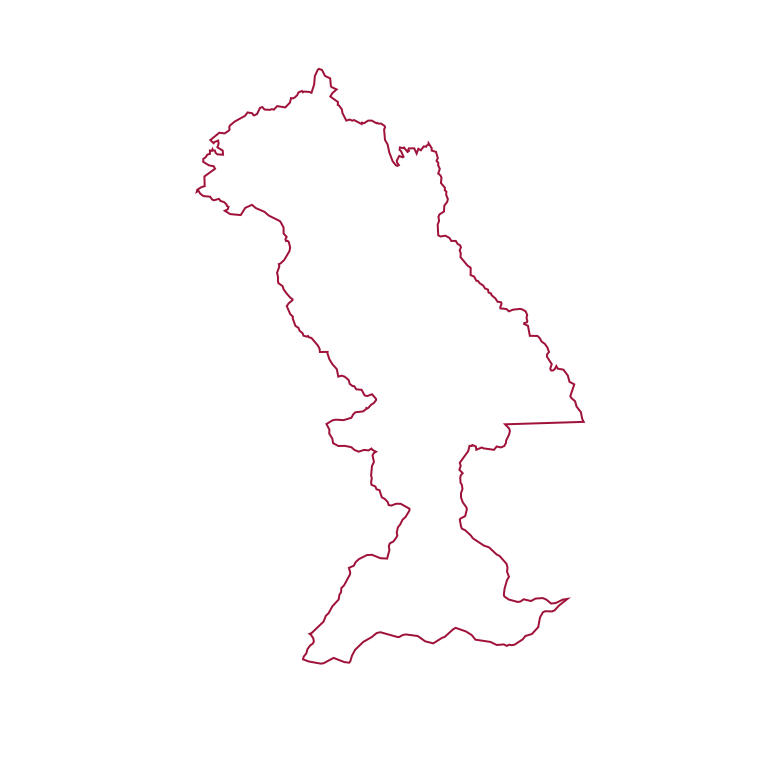 outline of Cocorná, Antioquia, Colombia, rotated 15°
{"feature_id": "7082276B66928007387737", "entity_name": "Cocorná", "entity_type": "district", "adm_level": 2, "iso_a3": "COL", "parent_name": "Colombia", "parent_adm1": "Antioquia", "projection": "mercator", "projection_center": [-75.166, 5.993], "detail": "fine", "context": "isolated", "style": "outline", "palette": "rose", "viewbox_px": 768, "rotation_deg": 15, "n_neighbors": 0, "source": "geoboundaries", "source_scale": "gbopen_adm2", "svg_char_len": 6162}
<svg xmlns="http://www.w3.org/2000/svg" viewBox="0 0 768 768"><g transform="rotate(15 384 384)"><path d="M153.4,244.6L153.4,246.8L154.7,245.3L157.2,247.7L160.9,249.2L167.6,248.1L170.3,250.3L172.3,250.5L176.6,247.9L178.7,249.5L182.5,249.7L185.5,251.4L186.1,252.6L188.0,253.1L187.8,255.8L185.4,257.9L191.4,259.7L201.9,257.9L204.4,249.8L210.1,245.1L214.8,247.3L223.9,248.6L229.1,251.1L241.2,253.6L242.5,254.6L246.5,258.9L248.1,264.7L251.9,267.1L251.3,269.7L251.9,270.7L252.5,271.3L253.7,270.7L255.2,271.3L258.0,276.4L258.3,280.1L255.5,290.1L252.7,294.5L251.4,295.4L252.5,297.6L251.9,304.3L254.0,308.2L254.8,311.7L255.9,313.9L260.7,315.7L262.6,318.6L266.3,321.6L271.3,325.0L273.8,325.8L273.9,326.8L271.1,330.6L269.9,333.9L275.3,340.7L278.6,342.6L278.8,344.2L283.4,350.8L286.8,351.9L288.7,354.4L292.2,356.0L293.7,358.2L297.2,358.2L298.2,357.3L299.3,358.3L302.0,358.3L310.1,363.9L312.6,366.6L313.8,369.7L321.2,367.6L321.5,369.1L324.8,374.2L329.0,378.2L334.6,381.9L337.9,388.7L340.9,386.9L344.1,387.1L348.8,389.3L350.9,392.8L354.1,394.1L355.8,393.8L358.6,396.3L363.9,395.4L368.2,400.0L370.9,400.0L375.1,397.0L380.2,400.5L380.5,401.6L379.2,404.9L376.9,407.4L375.1,411.0L374.2,412.0L373.2,411.8L373.3,412.7L370.9,415.9L363.7,418.7L362.2,421.1L361.2,425.1L354.2,429.4L346.8,430.9L343.8,432.3L338.8,437.5L343.1,442.3L343.9,446.0L348.2,450.1L350.1,454.3L355.9,455.7L362.2,453.9L368.8,453.5L372.5,455.3L377.1,455.9L381.7,452.9L386.3,452.1L388.6,449.6L389.8,450.6L393.8,451.5L392.0,453.3L391.4,455.9L394.5,462.0L393.6,466.2L395.2,475.7L396.6,478.2L397.0,482.3L398.0,484.6L402.1,485.2L404.1,487.7L407.1,487.7L411.2,494.0L414.7,494.9L418.2,497.1L419.8,499.7L422.6,499.5L426.7,496.5L431.2,495.4L440.9,497.9L441.3,499.8L439.2,506.9L437.0,510.4L436.0,515.5L434.5,518.9L434.8,524.5L436.1,526.8L435.7,529.1L433.8,533.7L430.9,536.4L430.6,539.4L432.2,542.9L432.2,551.8L425.6,553.2L416.6,552.1L411.9,553.6L405.2,559.5L402.7,563.4L401.9,567.3L397.7,570.7L400.2,574.9L400.4,576.9L397.5,588.9L395.6,592.2L396.4,596.1L395.5,599.3L396.0,603.9L391.7,612.0L389.8,619.7L387.8,623.0L387.1,629.2L378.6,643.2L376.8,644.6L378.5,645.2L381.6,648.1L382.9,651.0L382.4,653.2L380.3,655.7L378.7,660.0L378.7,664.2L377.0,668.2L377.0,670.9L383.0,671.5L395.2,670.5L397.9,669.4L406.2,661.6L417.7,662.9L422.5,662.2L423.2,660.8L423.4,654.6L424.9,648.2L430.8,638.4L437.7,631.6L441.4,626.4L444.8,624.7L462.2,624.9L464.0,624.6L467.3,621.4L470.2,620.2L481.8,618.7L490.4,621.9L498.7,621.8L505.8,614.1L508.0,612.7L514.2,603.1L516.3,601.0L527.1,601.8L533.7,603.8L538.5,607.3L553.5,605.6L560.5,606.9L567.2,604.5L570.4,605.2L572.4,603.4L574.7,603.3L577.6,602.0L584.1,594.7L585.8,590.8L591.6,587.2L595.9,578.9L595.1,569.1L596.6,563.4L598.4,561.8L605.1,560.2L607.3,558.6L610.3,552.8L616.8,544.1L612.5,546.0L606.6,551.1L602.3,552.8L596.5,550.2L592.7,549.7L586.0,552.0L582.1,555.6L574.6,555.8L572.1,558.8L569.7,559.9L560.3,559.9L555.1,558.0L554.2,556.2L553.4,550.2L553.6,541.5L554.6,537.9L551.4,533.4L550.8,529.3L548.9,526.0L540.2,520.2L536.9,519.5L527.7,514.6L522.2,514.2L509.7,510.0L506.9,507.7L500.1,504.2L496.7,503.6L495.4,501.9L492.3,495.4L492.7,494.2L496.6,490.6L496.5,483.8L495.7,482.0L490.7,477.9L487.7,473.6L486.6,469.3L487.0,465.1L485.3,461.3L483.4,459.4L481.9,454.8L481.8,452.2L483.1,449.8L479.0,447.3L479.3,443.3L477.6,440.4L482.7,427.1L482.6,421.6L484.9,421.1L485.1,420.1L488.9,420.6L490.2,423.6L494.9,420.0L496.8,420.4L507.3,419.1L509.0,415.2L513.3,415.0L516.2,412.8L517.1,409.2L516.6,407.0L517.9,400.5L517.8,396.9L516.4,394.6L511.4,391.6L586.7,368.9L584.6,366.6L581.5,360.3L575.9,356.0L573.0,351.2L568.7,349.1L567.1,347.5L567.9,335.1L562.6,333.9L559.4,328.3L553.6,323.7L547.8,324.2L545.8,322.1L545.1,325.3L543.8,327.2L542.3,327.7L541.3,327.2L540.6,325.9L540.9,321.4L534.3,315.4L533.8,313.3L535.1,310.4L532.3,306.4L529.0,303.6L525.2,302.2L522.5,299.3L519.8,297.9L512.4,299.7L508.0,290.5L503.8,289.8L503.8,288.7L506.1,287.4L506.2,286.1L504.5,283.2L504.5,280.4L502.1,277.2L497.8,276.1L495.8,276.3L489.4,278.8L485.8,281.5L483.0,279.9L476.9,280.8L476.4,279.8L476.8,276.1L476.0,274.8L472.3,275.1L469.3,272.4L464.9,270.4L464.1,268.9L461.3,268.6L460.0,265.9L456.8,265.6L454.3,263.2L450.4,261.9L448.2,260.2L446.4,260.3L443.2,256.9L439.5,256.4L437.6,249.3L433.9,247.9L425.0,241.6L424.4,238.0L422.5,235.4L422.9,232.0L421.7,230.4L418.8,229.6L416.3,227.2L412.0,228.4L409.3,225.9L404.8,224.9L400.4,226.9L397.9,226.3L394.6,216.1L395.0,212.2L393.3,208.4L393.7,205.8L397.3,201.9L396.1,196.1L397.9,191.8L397.8,188.8L395.1,185.2L394.4,181.9L392.6,181.2L392.1,178.7L387.0,175.2L386.1,169.8L384.5,167.9L381.9,166.7L382.2,161.7L379.8,158.9L379.1,156.2L377.0,154.9L377.5,151.8L374.1,146.3L369.7,146.2L368.9,143.7L364.7,139.9L364.9,141.5L363.4,142.7L363.2,144.0L360.9,144.2L359.1,148.7L356.3,147.9L355.9,153.0L352.2,148.5L347.0,150.0L346.8,151.6L347.8,152.3L346.7,153.8L342.1,150.4L341.5,151.3L338.2,151.3L338.4,153.8L340.2,154.7L344.1,159.5L343.3,160.2L339.7,159.8L338.5,165.0L339.2,166.6L341.7,168.7L340.4,169.9L338.9,169.7L334.7,166.6L329.1,158.8L325.5,151.7L321.8,148.0L318.2,138.1L318.6,135.9L317.8,134.6L313.8,133.2L311.4,133.9L309.8,133.5L309.3,134.1L304.0,132.7L300.5,133.7L297.2,137.3L295.2,137.2L295.2,138.7L286.7,136.8L285.2,137.9L282.6,137.4L279.4,139.3L273.8,133.1L272.2,129.6L268.4,126.6L267.1,126.4L266.6,123.6L257.7,120.2L258.9,116.3L262.0,111.7L256.6,110.8L255.6,110.0L252.9,102.7L247.3,101.7L242.8,96.7L239.5,96.5L238.7,97.6L237.5,104.5L239.0,112.6L238.6,121.5L236.2,121.2L230.9,122.3L230.2,123.2L228.9,122.2L225.9,124.5L225.4,127.5L223.6,130.4L222.0,131.7L220.2,131.9L220.3,136.5L217.1,142.4L208.9,143.2L206.6,147.5L204.7,147.5L202.6,148.8L197.5,149.8L194.8,148.0L192.8,149.3L191.5,156.0L189.4,158.0L188.4,158.2L186.7,156.6L182.0,157.0L180.3,161.0L171.9,169.1L168.3,174.2L168.0,175.9L169.0,178.2L168.3,179.7L165.2,183.2L159.9,183.9L153.1,193.3L157.1,195.5L157.6,194.2L160.8,191.8L162.1,194.7L161.8,198.5L167.8,200.3L169.2,204.2L163.6,205.3L161.5,204.3L160.3,202.3L158.4,202.6L157.6,201.6L157.4,203.4L155.4,203.5L156.3,206.8L154.0,208.1L153.1,211.1L151.2,213.3L151.9,216.2L158.4,218.1L163.1,217.7L165.1,219.8L156.8,230.0L159.6,239.3L156.7,241.1L153.4,244.6Z" fill="none" stroke="#9f1239" stroke-width="2"/></g></svg>